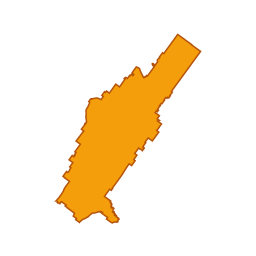 the district of Cranbrook, Western Australia, Australia, rotated 306°
{"feature_id": "25037944B20309273511019", "entity_name": "Cranbrook", "entity_type": "district", "adm_level": 2, "iso_a3": "AUS", "parent_name": "Australia", "parent_adm1": "Western Australia", "projection": "mercator", "projection_center": [117.133, -34.334], "detail": "fine", "context": "isolated", "style": "filled", "palette": "amber", "viewbox_px": 256, "rotation_deg": 306, "n_neighbors": 0, "source": "geoboundaries", "source_scale": "gbopen_adm2", "svg_char_len": 4908}
<svg xmlns="http://www.w3.org/2000/svg" viewBox="0 0 256 256"><g transform="rotate(306 128 128)"><path d="M26.8,112.6L27.0,112.8L27.0,113.4L27.0,114.0L26.8,114.5L26.2,114.5L26.2,115.0L26.1,115.3L26.7,115.3L26.6,115.7L26.8,116.9L26.7,117.4L28.1,117.4L29.2,117.2L29.3,117.3L29.3,123.2L27.9,123.0L27.9,126.1L27.7,126.1L27.6,134.8L24.5,135.5L24.5,139.5L23.1,139.5L23.1,144.3L24.0,144.2L27.9,145.3L28.3,145.7L30.0,146.7L30.9,147.0L31.7,147.4L32.2,147.6L32.3,147.8L32.9,147.9L34.2,148.2L35.4,148.3L36.7,148.8L38.1,149.1L38.5,149.5L39.2,150.5L40.4,151.6L41.8,152.6L42.4,153.1L42.9,153.4L43.3,153.8L43.6,153.8L43.6,155.3L44.6,155.3L44.7,157.1L43.6,157.1L43.6,164.2L41.7,164.1L41.7,169.9L42.0,171.1L42.3,171.4L42.6,171.5L42.8,171.5L43.2,171.7L43.5,171.9L44.0,172.4L44.2,172.9L44.5,173.1L44.8,173.4L45.1,174.0L45.3,174.3L45.6,174.5L45.7,175.1L45.6,175.3L45.7,175.2L46.1,174.3L46.5,174.5L46.9,174.6L47.0,174.6L47.1,174.4L47.1,174.2L47.4,174.0L47.6,174.0L47.9,174.0L48.0,174.0L48.4,174.1L48.7,174.3L48.8,174.2L49.0,174.3L49.1,174.2L49.0,173.8L48.7,173.7L48.8,173.4L49.0,173.4L49.4,173.4L49.5,173.3L49.5,173.2L49.5,172.9L49.5,172.6L49.4,172.1L49.5,171.9L49.4,171.7L49.3,171.3L49.3,171.1L49.4,170.5L49.5,170.3L49.7,170.1L49.8,170.2L50.0,170.2L50.2,170.3L50.3,170.0L50.4,169.9L50.2,169.4L50.3,169.0L50.2,168.9L50.1,168.7L49.5,168.7L49.4,168.6L49.5,168.2L49.9,168.0L50.5,168.0L50.9,168.1L51.0,168.0L51.1,167.7L50.9,166.9L50.7,166.5L50.7,166.4L50.8,166.2L51.1,166.1L51.6,166.2L51.8,166.3L52.0,166.3L52.1,166.2L51.9,165.8L51.7,165.9L51.6,166.0L51.5,165.9L51.6,165.6L51.5,165.4L51.6,165.1L51.2,165.0L51.1,164.9L51.1,164.6L51.6,164.4L51.8,164.4L52.0,164.4L52.6,164.3L53.0,164.1L53.3,163.9L53.8,163.8L53.8,163.7L54.0,163.7L54.1,163.8L54.3,164.0L54.5,164.0L54.6,163.9L54.4,163.6L54.3,163.4L54.4,163.2L54.7,162.9L54.8,162.8L54.8,162.3L54.6,162.1L54.4,162.0L54.2,162.0L53.9,161.9L53.8,161.7L53.7,161.3L53.6,161.2L53.8,161.1L54.0,161.2L54.3,161.3L54.4,161.2L54.4,160.8L54.5,160.5L54.6,160.4L54.8,160.5L55.0,160.5L55.3,160.5L55.3,160.4L55.2,160.2L55.3,159.9L55.8,159.9L55.9,159.7L56.7,159.4L56.8,159.5L57.0,159.6L57.5,158.4L57.2,158.2L57.1,157.9L57.1,157.7L57.3,157.5L57.7,157.3L57.8,157.0L57.9,156.9L58.1,156.7L58.3,156.6L58.5,156.7L58.7,156.8L58.7,154.9L58.8,154.9L58.8,149.2L67.7,149.1L67.7,151.1L69.9,151.1L69.9,150.7L86.0,150.7L89.9,150.4L94.7,150.1L97.2,150.0L99.7,150.0L99.7,153.0L105.7,153.0L105.7,152.8L105.8,152.3L105.8,151.4L106.2,151.2L111.3,151.2L111.3,148.4L118.0,148.4L118.0,149.7L118.0,150.1L118.3,150.3L118.3,152.4L118.2,152.7L118.1,152.9L121.3,153.0L121.4,152.7L121.4,152.4L121.2,152.4L121.0,152.0L121.1,151.8L121.0,151.6L121.5,151.4L121.8,151.4L122.1,151.3L122.1,151.0L126.5,151.0L126.5,150.1L131.8,150.2L131.8,155.3L142.8,155.3L142.8,152.8L146.8,152.8L146.8,152.7L151.0,152.7L151.0,147.9L152.6,149.0L152.6,146.2L156.4,146.2L156.4,140.9L158.4,140.9L158.4,142.2L160.3,142.2L160.3,140.9L164.1,140.9L164.3,140.6L164.4,140.9L164.5,141.0L165.4,140.9L165.4,140.4L167.3,140.4L167.5,141.2L172.0,141.2L172.0,140.6L174.9,140.6L174.9,142.1L176.3,142.1L176.3,143.3L178.9,143.3L178.9,142.8L183.1,142.8L183.1,141.7L183.3,141.7L183.5,141.7L184.0,141.6L184.3,141.5L184.7,141.6L185.8,141.6L232.6,141.7L232.6,130.8L232.9,130.8L232.9,113.2L209.2,113.2L209.2,111.7L203.7,111.7L203.7,112.2L202.2,112.2L201.8,111.9L201.2,111.8L200.7,111.8L200.4,111.8L200.1,111.8L199.6,112.3L199.2,113.0L194.2,113.0L194.5,112.4L194.8,111.6L194.9,110.6L194.7,110.0L194.3,109.8L193.8,110.2L193.8,110.3L193.2,111.2L193.1,112.0L193.2,112.6L193.1,113.2L181.4,113.2L181.4,112.1L180.1,112.1L180.0,112.3L179.7,112.3L179.4,112.2L179.3,111.5L178.0,111.4L178.0,111.2L178.1,110.8L178.8,109.4L178.7,109.4L179.1,108.6L181.1,104.9L182.7,102.6L182.8,102.5L182.9,102.3L182.9,102.0L182.9,101.7L182.3,98.8L179.1,98.8L174.8,98.9L174.8,101.1L173.2,101.1L173.4,100.4L173.2,99.3L172.5,99.0L171.5,99.0L171.5,98.4L167.7,98.4L167.7,96.5L166.4,96.5L166.4,95.9L165.6,95.9L165.6,96.9L160.7,96.9L160.7,97.0L156.3,97.0L156.3,92.3L152.1,92.3L151.5,92.4L145.3,92.4L145.3,88.9L143.6,88.9L143.6,87.7L139.0,87.7L139.0,89.5L135.1,89.5L135.1,89.2L134.3,85.8L133.8,84.9L133.0,84.1L131.5,82.7L130.6,81.7L129.8,81.7L129.6,81.3L129.9,81.0L129.6,80.7L126.3,80.7L126.3,81.7L126.1,82.0L124.4,82.5L120.8,83.2L119.3,83.2L118.3,83.4L117.0,84.0L115.2,85.6L113.6,86.7L113.3,86.7L113.0,87.0L112.0,87.6L111.4,88.2L111.0,88.4L110.2,89.4L108.1,91.1L106.7,91.1L106.7,90.6L105.8,90.6L105.8,91.1L103.7,91.1L99.6,91.0L99.6,94.0L98.9,94.0L98.9,93.8L91.5,93.8L91.5,93.7L86.9,93.7L86.9,99.0L77.5,99.0L77.5,100.4L74.7,100.4L74.7,100.7L74.6,101.2L73.0,101.2L73.0,99.0L67.6,99.0L67.6,103.7L62.3,103.7L62.3,104.2L62.2,104.5L62.3,104.7L62.3,105.1L60.6,105.3L59.6,105.5L59.0,105.6L57.5,105.6L56.7,105.5L56.7,103.8L50.7,103.8L50.7,105.8L50.4,105.8L50.4,112.0L41.9,112.0L39.0,112.8L34.4,113.1L33.3,113.0L30.9,113.1L30.7,113.0L29.6,112.9L29.3,112.9L26.8,112.6Z" fill="#f59e0b" stroke="#b45309" stroke-width="1.5"/></g></svg>